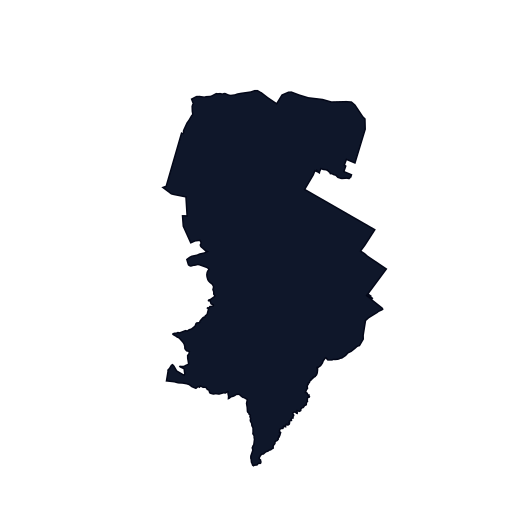 Boldesti-Scaeni, Prahova, Romania (Mercator projection), rotated 121°
{"feature_id": "2599482B90080505354120", "entity_name": "Boldesti-Scaeni", "entity_type": "district", "adm_level": 2, "iso_a3": "ROU", "parent_name": "Romania", "parent_adm1": "Prahova", "projection": "mercator", "projection_center": [26.073, 45.027], "detail": "fine", "context": "isolated", "style": "filled", "palette": "ink", "viewbox_px": 512, "rotation_deg": 121, "n_neighbors": 0, "source": "geoboundaries", "source_scale": "gbopen_adm2", "svg_char_len": 6159}
<svg xmlns="http://www.w3.org/2000/svg" viewBox="0 0 512 512"><g transform="rotate(121 256 256)"><path d="M392.2,271.7L393.4,272.2L396.8,272.2L399.2,272.7L399.4,272.3L409.2,268.4L408.9,267.9L405.8,261.1L405.1,258.4L404.6,257.0L402.7,253.5L401.2,249.6L400.6,247.0L401.0,243.7L400.4,239.5L400.0,239.2L397.9,238.6L397.7,238.4L397.6,236.9L397.1,236.8L396.0,236.9L395.9,235.7L395.8,233.7L394.9,232.4L394.6,231.3L394.3,231.0L395.5,229.0L395.2,227.7L395.4,227.0L396.5,225.9L397.1,225.0L397.0,224.0L396.3,221.5L394.7,219.6L393.4,216.6L389.9,213.3L389.3,211.9L389.1,211.6L386.7,210.4L386.7,209.9L388.3,209.2L390.3,207.3L392.4,206.2L391.7,205.7L389.7,205.0L387.8,203.2L386.6,202.4L384.8,201.6L383.4,199.5L383.3,198.6L383.8,196.1L383.9,194.4L383.5,193.3L383.5,189.5L387.2,188.2L390.4,185.5L393.5,183.4L394.1,182.6L394.3,181.5L394.5,181.0L395.2,180.4L395.3,179.0L395.7,178.7L396.8,178.5L398.1,176.8L399.1,176.6L400.0,176.1L400.7,175.3L401.6,173.6L403.6,172.1L404.8,170.1L408.3,167.9L410.0,167.1L410.7,165.6L411.2,164.9L412.7,164.0L413.9,162.9L419.1,160.6L420.0,160.8L422.4,160.4L424.0,158.7L430.1,157.4L432.0,156.3L432.9,155.3L435.0,153.8L436.1,152.2L437.0,151.2L437.1,150.1L436.2,149.7L434.8,147.8L434.3,147.4L432.8,147.3L432.3,147.0L431.7,145.7L431.3,145.4L430.5,145.5L429.5,146.1L429.1,146.7L428.5,147.1L428.3,148.6L427.4,149.3L425.1,149.4L423.0,149.1L421.9,147.7L418.9,146.8L417.0,145.2L415.6,144.7L414.6,143.6L413.4,143.2L411.9,142.3L410.1,143.4L409.1,143.5L407.1,143.2L405.4,144.0L404.4,143.6L403.1,142.8L401.5,142.6L400.7,143.2L398.8,142.9L398.7,143.0L398.9,143.5L398.7,143.8L397.5,143.2L394.6,144.0L394.6,144.4L394.9,144.6L395.1,144.9L394.4,145.1L393.7,145.9L392.0,146.3L390.7,145.3L390.0,144.2L389.3,144.2L388.2,144.8L387.8,144.8L387.6,144.5L387.4,143.1L387.1,142.7L386.4,143.5L385.7,143.1L384.6,143.4L384.2,142.7L384.5,141.6L383.0,140.9L382.4,141.0L381.8,142.0L381.1,141.6L380.3,142.4L378.9,141.3L378.7,140.9L378.4,141.0L378.1,141.7L377.5,141.9L376.5,141.6L375.7,140.8L374.8,141.6L373.5,141.5L373.0,141.7L372.7,142.1L372.4,143.3L371.7,143.8L371.4,143.5L369.7,142.6L369.6,141.4L369.9,140.3L369.7,139.6L369.1,139.8L367.9,141.3L367.4,141.3L367.2,140.8L366.9,138.9L365.7,138.1L365.2,138.1L364.7,138.5L364.2,138.7L362.6,138.5L361.7,137.6L360.8,137.4L359.3,137.4L357.6,136.3L356.1,137.1L354.9,137.2L354.0,137.0L353.6,137.5L350.9,138.9L350.6,138.8L350.1,138.1L349.5,138.1L349.4,137.7L348.9,137.8L348.8,138.0L349.1,138.2L349.1,138.7L347.9,139.0L348.4,140.2L347.3,141.3L347.2,142.6L347.6,143.4L346.8,143.6L345.9,143.6L344.8,143.9L342.9,143.7L342.5,144.2L341.9,144.4L341.5,145.2L341.0,145.1L339.8,145.4L339.3,145.1L338.8,145.5L337.9,145.7L337.5,145.6L337.3,145.1L337.0,145.1L335.0,145.5L334.0,144.9L333.1,145.2L332.3,144.5L331.8,144.7L331.1,144.2L330.6,144.6L330.3,144.6L330.0,143.9L328.7,143.2L327.5,143.2L326.9,142.9L324.7,143.3L321.8,144.6L321.4,144.9L320.5,146.3L319.9,146.3L320.2,145.4L319.5,145.4L317.1,144.3L316.1,144.1L313.4,144.0L311.3,144.4L307.6,144.1L307.2,143.8L308.1,140.9L305.9,137.3L304.9,136.6L303.6,134.4L302.4,132.8L301.5,131.9L300.5,131.4L299.2,129.9L295.1,128.0L291.6,127.3L288.8,125.4L284.3,123.7L281.6,122.9L280.5,122.2L279.5,121.2L272.0,121.3L268.8,123.3L254.9,128.9L250.9,127.7L241.8,123.0L240.5,122.6L237.2,120.3L236.3,120.0L235.7,121.1L234.0,134.1L233.9,134.1L233.0,140.8L232.5,140.8L233.3,134.7L232.3,134.5L231.9,137.2L231.2,137.1L230.9,140.6L200.0,137.6L198.8,160.7L198.5,161.8L198.4,162.8L198.1,164.0L197.9,169.0L190.9,168.3L172.3,167.7L173.9,248.6L157.0,248.7L152.5,249.5L152.4,248.1L151.2,248.2L151.3,247.0L152.1,246.9L152.1,244.5L150.9,245.0L147.5,245.3L147.2,243.0L145.8,239.9L145.9,239.6L145.6,239.4L146.2,237.1L146.2,236.0L147.1,234.7L146.3,233.3L146.2,231.1L145.6,229.3L146.4,226.3L145.6,222.9L145.2,222.1L142.5,218.3L141.7,216.1L140.6,215.8L139.4,215.8L139.3,215.5L137.2,216.0L138.4,224.2L132.7,225.4L132.6,227.1L126.6,228.3L125.3,219.1L91.1,227.7L82.4,233.2L81.7,236.2L75.7,248.9L74.9,253.5L77.1,257.9L85.2,270.7L87.6,279.6L93.5,292.7L95.8,301.9L97.3,310.1L98.9,312.5L104.6,316.6L114.9,316.7L114.3,327.7L113.4,335.2L113.5,335.2L113.5,339.8L115.0,342.3L118.1,344.9L124.4,352.7L126.9,355.5L128.7,356.9L131.4,360.3L132.0,361.7L132.4,363.4L132.6,365.8L133.1,366.9L134.4,368.0L134.7,368.6L135.3,370.4L136.7,372.3L137.3,373.7L141.3,376.1L142.7,377.2L145.1,380.7L146.5,382.1L148.4,386.6L150.0,389.1L154.7,392.0L157.8,388.0L158.9,388.2L160.6,387.8L164.8,385.1L166.6,383.5L167.4,383.1L169.1,383.4L173.8,383.3L177.5,383.6L185.6,382.7L186.5,382.4L187.0,381.6L187.7,381.5L188.7,381.6L189.0,383.1L242.5,368.9L245.2,371.1L246.3,360.6L245.5,357.9L241.4,346.5L257.1,335.7L259.4,339.7L267.9,333.7L278.3,318.7L274.4,316.0L271.4,312.1L273.1,309.6L275.0,309.5L275.8,308.9L276.2,308.2L276.5,307.4L276.6,306.2L277.6,301.3L277.3,300.0L280.0,301.8L283.4,305.4L285.5,306.8L289.3,310.9L291.4,312.2L294.6,313.5L297.7,310.1L298.4,309.2L298.4,307.2L297.8,306.3L296.4,305.1L295.3,303.6L293.2,301.5L292.6,299.8L291.1,292.2L291.2,290.3L291.7,289.4L293.9,289.6L295.5,289.3L297.4,288.5L299.0,287.3L300.9,285.3L301.7,284.0L302.3,281.9L302.7,278.9L303.9,276.8L304.7,276.3L307.0,275.6L308.5,273.7L310.3,272.7L310.7,272.2L311.1,270.9L311.5,270.7L312.2,270.7L316.4,272.5L317.0,272.9L317.8,273.7L318.5,273.9L318.8,273.6L318.5,272.9L317.9,272.2L319.5,270.7L320.1,269.8L320.1,269.2L319.7,267.6L320.0,267.2L320.5,267.0L321.0,267.1L322.0,268.0L323.1,269.5L324.8,269.6L325.0,269.8L325.1,270.6L325.4,270.8L325.7,270.8L325.8,269.7L326.2,269.3L331.3,267.8L333.4,268.6L335.0,268.4L335.2,269.1L336.3,269.7L340.1,270.4L341.8,270.2L342.5,270.4L343.9,272.3L344.7,272.6L347.5,272.1L351.9,273.7L353.6,275.3L355.7,276.2L356.3,278.0L361.3,281.9L361.8,283.5L363.2,284.5L364.4,286.3L365.7,287.1L365.9,286.9L366.0,285.6L365.9,283.5L366.1,281.7L365.8,280.5L366.0,279.0L367.6,273.9L368.5,272.2L370.1,270.5L371.8,269.4L372.5,268.3L373.0,266.4L372.4,265.0L372.2,263.9L374.7,263.0L376.4,263.4L378.8,261.9L383.1,258.2L384.0,258.4L385.9,259.8L387.2,260.5L388.0,261.2L388.9,262.6L389.7,264.3L389.9,264.4L390.0,264.2L390.1,263.7L389.7,259.8L389.8,259.4L392.1,257.7L393.4,256.4L395.3,256.3L395.4,264.8L392.9,269.3L392.4,270.4L392.2,271.7Z" fill="#0f172a" stroke="#020617" stroke-width="1.5"/></g></svg>